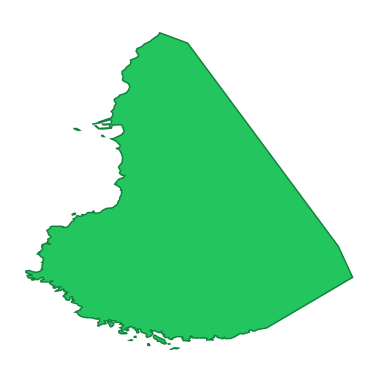 the district of Sandgerðisbær, Suðurnes, Iceland, rotated 2°
{"feature_id": "244011B94929237668673", "entity_name": "Sandgerðisbær", "entity_type": "district", "adm_level": 2, "iso_a3": "ISL", "parent_name": "Iceland", "parent_adm1": "Suðurnes", "projection": "equal_earth", "projection_center": [-22.71, 64.01], "detail": "fine", "context": "isolated", "style": "filled", "palette": "green", "viewbox_px": 384, "rotation_deg": 2, "n_neighbors": 0, "source": "geoboundaries", "source_scale": "gbopen_adm2", "svg_char_len": 5971}
<svg xmlns="http://www.w3.org/2000/svg" viewBox="0 0 384 384"><g transform="rotate(2 192 192)"><path d="M340.1,241.2L182.5,43.4L154.2,34.0L153.4,35.7L152.1,37.1L147.2,40.7L145.1,42.8L139.4,45.7L136.7,48.5L132.2,50.5L131.2,53.3L133.6,56.8L133.6,58.3L131.2,60.1L126.0,62.2L126.4,65.3L126.0,66.0L125.1,67.3L122.7,69.1L120.4,72.1L118.0,73.8L117.9,76.4L118.9,78.1L119.2,79.9L118.6,81.6L119.0,83.1L124.6,85.8L125.7,87.7L126.0,89.9L124.6,93.0L123.0,94.9L120.3,96.4L116.4,97.7L115.2,99.3L111.2,101.9L111.0,102.6L111.9,104.8L113.2,105.9L113.1,106.5L111.4,108.9L111.3,111.2L108.5,114.3L109.7,115.5L110.5,117.4L108.8,120.7L96.3,125.4L95.4,126.3L89.8,127.8L98.8,125.8L98.5,125.5L108.0,122.6L109.3,123.5L108.5,126.8L100.3,127.4L100.5,127.9L103.7,127.9L106.9,127.3L107.7,130.7L97.0,131.7L93.7,129.2L93.0,129.4L96.6,132.1L101.2,132.1L109.2,131.0L110.0,128.0L117.9,127.2L119.3,127.6L120.5,129.6L122.0,133.6L122.0,134.4L120.1,136.3L120.1,137.0L111.8,141.3L109.5,141.7L114.3,143.8L118.9,148.2L118.5,149.3L116.7,150.8L114.4,151.1L117.5,151.9L118.1,152.6L120.3,156.3L121.4,159.8L121.2,164.8L118.2,168.8L117.7,170.0L119.9,173.3L118.8,175.4L119.1,176.0L121.0,177.5L124.2,178.1L122.8,180.1L119.0,181.4L117.6,182.6L114.4,186.9L118.6,189.0L120.4,190.5L121.2,192.0L120.5,192.6L121.7,193.4L121.5,197.1L120.2,199.6L119.8,202.4L118.4,204.4L118.1,206.3L116.6,207.9L113.0,210.6L107.0,211.4L103.0,213.7L101.3,215.5L99.7,216.1L96.0,216.7L94.5,215.3L94.7,214.7L94.0,214.6L93.2,215.2L93.5,216.0L88.5,216.2L86.6,218.0L85.1,218.6L83.1,218.5L83.7,219.2L82.7,219.9L80.0,220.2L78.3,219.6L77.7,219.9L76.9,221.7L74.2,223.2L75.1,224.1L75.2,224.8L72.7,226.0L69.7,230.4L68.5,231.4L64.3,232.0L63.9,231.8L64.3,231.2L62.6,230.8L53.9,231.1L51.8,231.6L51.1,233.7L48.7,235.1L48.4,235.8L49.7,237.8L50.1,239.6L52.6,241.5L52.2,242.8L49.8,243.9L49.6,244.4L49.9,245.7L48.9,247.4L49.0,247.8L51.3,248.3L52.0,248.9L50.9,249.1L47.7,248.4L44.3,249.8L43.9,250.4L44.7,251.2L43.7,252.0L44.7,254.1L42.3,256.9L41.1,257.5L41.6,258.2L40.4,258.4L39.6,259.3L41.1,259.7L43.3,262.0L45.5,262.8L45.5,264.8L46.0,265.8L44.3,267.6L45.4,268.2L44.6,270.9L45.1,272.5L44.4,273.6L45.1,273.6L45.4,274.2L42.3,276.8L39.4,277.7L35.7,277.3L31.9,276.1L28.9,276.7L28.5,277.6L29.1,278.5L34.7,280.4L34.8,280.8L31.7,280.7L30.2,281.4L31.1,283.2L32.0,283.7L34.5,283.2L36.9,283.4L39.2,284.9L40.8,285.0L45.0,282.6L46.3,282.6L46.3,283.6L47.1,284.4L44.3,285.4L43.8,286.5L44.4,287.1L51.9,286.9L56.6,285.3L53.7,287.1L53.0,288.3L54.2,288.9L54.4,289.5L55.9,289.7L58.1,291.2L56.5,291.8L56.7,292.6L58.4,292.9L61.0,291.5L64.0,291.6L62.0,293.1L62.0,294.5L60.0,295.0L59.2,295.9L64.4,294.9L67.1,293.3L67.5,293.9L67.2,294.8L67.7,295.8L70.3,296.1L71.1,296.7L69.0,297.7L70.1,298.1L66.9,300.4L67.1,301.0L68.5,301.4L69.4,303.3L71.0,304.5L73.0,304.3L73.8,303.7L73.3,302.5L74.2,300.9L76.0,300.8L76.3,301.1L75.6,302.7L77.0,303.1L76.5,304.0L77.9,304.5L75.7,305.4L75.4,306.4L80.9,307.8L83.0,309.6L86.2,310.5L86.3,311.3L84.2,312.8L84.3,314.1L81.0,315.1L79.5,316.2L81.3,316.4L82.4,317.5L82.4,318.2L84.4,319.7L87.5,320.8L91.3,321.3L95.3,321.1L101.4,322.4L102.5,322.2L102.6,321.5L103.0,321.5L104.0,322.6L104.2,324.0L103.8,324.9L102.5,325.5L103.3,328.4L102.4,328.8L102.5,329.2L103.7,329.1L103.7,328.2L105.8,327.9L107.4,326.9L110.4,326.8L110.7,326.4L108.7,324.1L112.7,323.3L114.0,322.2L116.3,323.2L120.2,323.5L119.7,324.5L120.4,324.9L124.9,325.0L126.0,325.7L124.9,326.7L127.6,326.8L128.0,327.5L127.1,328.2L127.4,328.9L124.8,330.2L126.5,330.9L126.5,331.7L127.1,332.2L128.8,332.2L130.0,331.4L131.4,332.9L132.8,332.8L133.4,332.3L131.5,330.2L134.1,329.8L134.1,328.8L136.2,328.6L137.4,329.9L139.7,329.8L139.4,331.2L141.2,332.6L141.9,334.6L142.8,334.7L143.7,334.2L143.8,333.6L142.1,331.1L145.5,331.0L145.8,333.1L146.7,333.9L151.3,335.5L151.7,336.1L151.2,337.8L152.2,338.8L155.7,337.6L157.9,335.1L157.2,333.7L155.1,332.6L155.1,331.8L155.9,331.1L157.5,332.3L159.9,332.0L163.3,333.6L164.9,333.5L166.8,332.4L166.6,334.4L169.5,335.5L168.4,336.5L169.4,337.8L171.2,338.5L173.4,338.2L174.0,339.2L175.6,340.1L177.3,340.0L177.7,339.6L177.3,339.1L177.7,338.8L182.2,337.0L186.3,337.0L188.0,337.6L187.2,338.7L188.0,339.2L187.9,340.2L188.4,340.7L194.6,341.1L195.1,340.6L194.0,339.8L194.1,339.1L196.2,337.4L195.2,336.3L195.5,335.9L197.3,336.6L198.1,337.9L199.6,337.6L201.7,338.0L202.9,337.5L207.1,337.7L208.2,337.2L209.8,337.7L210.4,337.3L212.0,337.8L212.0,339.5L213.0,339.0L215.1,339.4L215.7,339.1L215.6,338.3L216.1,338.3L217.4,339.3L218.1,339.3L218.3,339.1L217.1,337.6L217.5,337.1L219.3,336.7L219.4,334.6L220.5,334.5L221.0,335.2L222.3,335.2L222.3,336.3L223.0,336.6L226.2,337.0L227.0,337.6L228.3,337.3L229.6,336.1L230.3,337.4L235.8,337.0L239.8,335.2L244.7,332.0L246.6,331.5L247.2,332.1L248.0,332.1L252.9,330.6L254.4,329.8L253.8,328.6L254.5,328.0L256.3,327.8L257.6,328.8L259.2,328.8L262.7,327.0L271.3,325.3L355.5,271.7L340.1,241.2ZM169.7,342.1L170.0,341.4L169.6,340.8L162.4,337.9L160.5,336.5L159.1,336.6L158.6,337.2L158.6,338.7L159.8,339.9L162.4,341.0L162.7,342.4L165.3,342.5L166.9,343.8L170.0,344.9L171.2,344.4L171.3,343.4L169.7,342.1ZM115.6,329.6L117.4,328.8L118.1,327.7L118.5,325.8L115.8,324.4L114.4,324.2L112.3,324.6L112.0,325.2L114.2,327.3L114.6,329.0L115.6,329.6ZM131.3,335.9L131.7,335.5L131.0,335.0L128.1,334.5L126.0,332.9L125.1,332.8L123.6,333.7L123.6,334.4L124.4,335.4L126.1,336.1L131.3,335.9ZM77.6,134.2L74.6,132.6L72.1,132.7L72.6,133.3L76.5,134.5L77.6,134.2ZM73.3,219.1L76.2,218.4L76.2,217.4L74.6,217.5L73.0,218.6L73.3,219.1ZM183.1,349.1L183.9,348.5L179.8,348.3L178.5,349.0L183.1,349.1ZM155.1,346.8L154.9,345.8L153.9,345.1L153.1,345.3L153.1,346.5L153.5,346.8L155.1,346.8ZM37.1,285.5L37.2,284.9L36.5,284.6L34.6,284.9L35.0,285.5L37.1,285.5ZM141.1,339.2L140.9,338.2L139.4,338.5L139.4,339.2L141.1,339.2ZM102.2,139.7L101.2,138.7L99.8,138.6L99.8,139.1L101.1,139.7L102.2,139.7ZM137.4,342.2L136.9,341.7L134.9,342.4L136.0,342.6L137.4,342.2ZM175.2,344.7L175.1,344.3L173.7,344.7L174.3,345.0L175.2,344.7ZM177.2,350.0L178.0,349.5L176.8,349.9L177.2,350.0Z" fill="#22c55e" stroke="#15803d" stroke-width="1.5"/></g></svg>